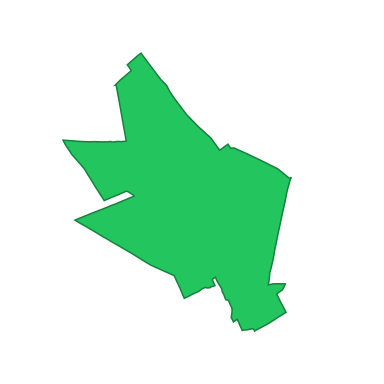 outline of Juan C. Bonilla, Puebla, Mexico, rotated 27°
{"feature_id": "50627088B68027240212637", "entity_name": "Juan C. Bonilla", "entity_type": "district", "adm_level": 2, "iso_a3": "MEX", "parent_name": "Mexico", "parent_adm1": "Puebla", "projection": "robinson", "projection_center": [-98.346, 19.122], "detail": "fine", "context": "isolated", "style": "filled", "palette": "green", "viewbox_px": 384, "rotation_deg": 27, "n_neighbors": 0, "source": "geoboundaries", "source_scale": "gbopen_adm2", "svg_char_len": 3967}
<svg xmlns="http://www.w3.org/2000/svg" viewBox="0 0 384 384"><g transform="rotate(27 192 192)"><path d="M53.6,204.1L53.8,204.5L54.2,204.9L54.7,205.2L56.4,206.4L56.9,206.8L58.1,207.5L60.0,208.6L61.5,209.4L62.8,210.2L64.1,210.9L65.4,211.7L66.7,212.4L68.5,213.4L68.8,213.5L69.3,213.7L70.5,214.2L72.6,215.0L76.7,216.6L77.2,216.8L77.9,217.1L79.0,217.5L79.3,217.6L80.2,218.0L80.9,218.3L81.2,218.4L81.4,218.5L81.9,218.8L82.3,219.0L82.7,219.1L83.3,219.3L83.7,219.5L84.6,219.8L85.2,220.0L91.8,224.1L98.1,227.9L104.5,231.8L111.2,235.7L117.7,239.5L121.0,235.5L122.3,233.9L123.1,232.9L125.7,230.0L129.3,225.7L130.7,224.0L132.8,221.5L133.1,221.1L134.0,220.9L135.1,220.8L136.3,220.9L137.3,221.0L141.1,221.4L142.3,221.6L142.6,221.4L142.3,221.9L140.2,224.4L139.0,225.8L137.1,228.1L135.9,229.5L134.4,231.2L131.8,234.4L130.6,235.8L129.1,237.6L128.6,238.1L126.8,240.0L125.8,241.1L124.9,242.2L123.6,243.8L121.6,246.1L119.0,249.0L114.5,254.0L111.3,257.6L108.5,260.9L106.5,263.2L103.7,266.4L102.2,268.1L100.5,270.2L104.3,270.5L107.3,270.7L109.7,270.8L113.0,270.9L115.8,271.1L118.7,271.3L121.3,271.4L124.1,271.6L126.9,271.8L129.0,272.0L131.8,272.2L133.9,272.3L135.3,272.3L136.7,272.4L138.2,272.5L140.1,272.6L142.1,272.8L144.2,272.9L146.7,273.0L148.7,273.1L150.9,273.2L152.7,273.3L155.4,273.5L157.7,273.6L159.8,273.7L162.3,273.9L163.1,273.9L163.5,273.9L164.9,274.0L166.5,274.1L171.9,274.6L177.2,275.0L179.0,275.2L180.7,275.3L182.0,275.4L183.1,275.5L187.4,275.8L188.5,275.9L192.0,275.7L202.5,275.2L209.5,274.8L209.9,274.8L214.1,274.6L214.8,275.2L216.4,276.4L218.8,278.4L218.9,278.5L222.5,281.2L224.3,282.7L224.5,282.7L225.8,283.9L228.3,286.0L229.6,287.1L231.5,288.7L231.7,288.9L233.4,290.3L233.5,290.2L235.1,288.0L236.2,286.6L237.0,285.6L237.7,284.5L238.2,283.8L238.8,282.9L241.7,279.4L243.3,277.1L243.6,276.6L245.2,273.4L246.5,271.9L246.9,271.3L247.4,270.8L247.8,270.8L248.2,270.8L248.6,270.8L249.7,270.3L251.1,269.4L251.8,268.8L251.9,267.7L253.1,266.9L253.6,266.4L255.0,265.0L250.5,261.4L250.1,261.0L250.0,260.9L249.9,260.7L249.8,260.4L250.7,258.7L251.5,257.4L251.6,257.2L254.1,259.5L257.6,261.8L262.1,264.5L262.3,264.6L264.2,267.1L266.7,268.8L269.7,271.6L271.1,272.7L271.9,272.4L273.1,272.1L274.0,272.3L276.6,274.5L277.0,274.9L279.6,276.7L281.0,278.4L282.2,281.0L284.0,286.2L286.3,287.6L287.9,289.0L288.0,288.7L288.4,288.0L289.4,286.3L289.4,286.1L289.8,285.4L290.1,284.9L291.8,286.2L295.0,288.9L297.0,290.5L297.6,290.9L299.6,292.6L300.2,291.9L303.0,290.2L303.9,289.6L304.7,289.0L305.3,288.5L305.8,288.1L307.1,287.0L307.3,286.8L307.5,286.7L308.2,286.4L308.9,286.2L309.1,286.2L309.4,286.3L311.0,287.5L312.0,285.7L312.8,284.4L314.0,282.8L315.3,281.1L316.6,279.2L318.6,276.4L319.4,275.2L321.3,272.0L321.4,271.8L322.4,270.0L323.0,269.1L323.6,268.1L324.1,267.2L324.8,265.8L324.9,265.6L330.4,256.6L325.9,253.2L320.5,249.5L316.2,246.2L313.8,244.2L317.1,238.1L317.1,234.8L316.9,231.5L316.5,231.6L312.4,233.7L310.7,234.5L306.1,236.9L302.2,240.1L301.6,238.3L300.6,235.4L299.6,232.6L298.0,228.7L297.1,224.2L296.3,221.0L295.6,218.0L294.4,213.6L293.8,211.6L291.7,204.8L291.2,202.8L288.5,193.3L285.9,183.6L285.7,182.8L283.5,174.7L283.3,173.9L281.5,167.1L281.3,166.1L279.9,160.8L279.3,158.2L278.3,154.9L277.9,153.4L276.7,149.4L276.0,146.5L274.2,137.7L273.8,133.6L273.1,135.7L257.8,132.4L237.1,132.6L223.0,133.0L209.2,133.7L206.7,135.5L202.3,133.1L197.7,142.2L186.3,136.3L184.4,135.3L181.9,134.7L167.6,130.8L152.5,125.7L142.0,120.6L134.3,116.9L126.7,112.7L121.1,108.6L112.6,105.7L85.2,92.3L83.6,91.4L81.7,95.1L76.6,108.0L82.8,111.4L78.5,121.8L77.0,125.5L75.1,131.5L75.7,131.0L84.6,142.5L92.0,152.3L99.2,161.8L100.7,163.9L101.0,164.3L101.7,165.2L102.0,165.6L103.1,167.0L105.4,169.9L106.6,171.6L109.1,174.9L110.0,176.0L110.3,176.3L108.8,177.6L106.3,179.1L102.8,180.7L99.8,182.7L98.7,183.5L96.6,183.9L93.0,186.2L88.4,188.5L84.6,190.3L82.4,191.3L79.7,192.8L77.7,193.9L71.6,196.7L67.3,198.6L62.2,200.7L61.2,201.1L57.5,202.7L54.4,204.0L53.6,204.1Z" fill="#22c55e" stroke="#15803d" stroke-width="1.5"/></g></svg>